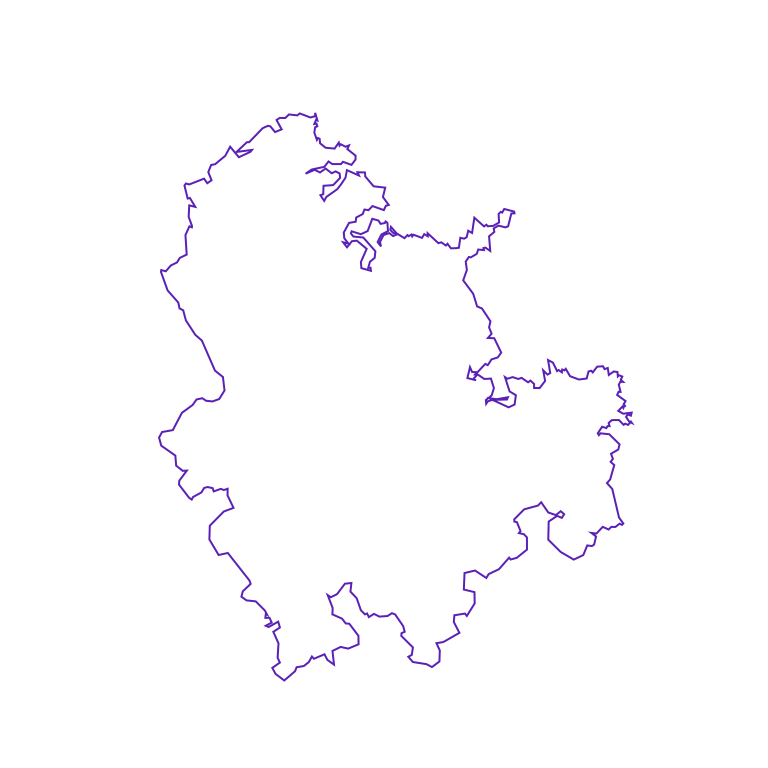 outline of Bandon - Kinsale Lea-6, Cork, Ireland, rotated 254°
{"feature_id": "5873133B71141720266314", "entity_name": "Bandon - Kinsale Lea-6", "entity_type": "district", "adm_level": 2, "iso_a3": "IRL", "parent_name": "Ireland", "parent_adm1": "Cork", "projection": "mercator", "projection_center": [-8.645, 51.706], "detail": "fine", "context": "isolated", "style": "outline", "palette": "violet", "viewbox_px": 768, "rotation_deg": 254, "n_neighbors": 0, "source": "geoboundaries", "source_scale": "gbopen_adm2", "svg_char_len": 6143}
<svg xmlns="http://www.w3.org/2000/svg" viewBox="0 0 768 768"><g transform="rotate(254 384 384)"><path d="M399.0,157.4L394.5,153.0L386.1,152.9L372.7,163.7L362.8,161.7L356.0,166.6L355.1,170.6L347.5,160.6L343.8,159.2L328.3,165.3L325.9,167.3L328.0,169.3L330.1,178.6L333.7,182.5L333.6,186.0L331.1,190.6L327.7,190.7L328.2,198.2L326.2,200.8L326.4,204.8L320.1,202.9L306.4,205.2L305.6,194.9L295.8,177.5L282.7,173.3L265.2,177.9L264.6,187.3L232.2,200.5L228.6,200.7L223.7,191.2L218.8,188.3L213.9,192.2L210.4,200.8L199.0,207.1L194.5,208.0L195.5,207.0L191.9,205.5L190.8,209.5L185.6,210.3L184.2,203.7L182.2,206.1L184.7,216.8L178.6,216.8L176.3,209.3L163.8,211.1L150.2,206.3L144.9,207.1L141.9,198.4L135.1,199.9L126.5,206.4L132.4,219.3L135.8,221.9L135.0,229.2L137.4,235.1L141.9,239.6L139.2,240.9L140.6,252.3L134.5,253.5L128.0,258.6L141.6,260.9L143.2,269.8L139.5,276.7L140.8,287.8L149.0,290.0L163.1,284.6L164.4,281.2L170.0,279.0L176.8,270.9L182.8,272.9L196.6,271.7L193.7,274.1L194.9,280.9L202.8,291.4L201.7,297.8L193.7,294.5L185.6,298.7L172.9,299.4L167.8,302.2L168.1,304.5L164.1,305.2L165.8,311.0L161.7,315.4L160.0,323.4L161.5,328.5L159.4,331.2L146.0,335.7L140.1,335.6L139.6,332.1L137.1,331.2L122.8,339.2L115.9,336.0L115.1,332.2L108.8,335.1L103.0,347.6L98.7,352.1L102.0,360.8L112.5,364.2L120.4,363.0L119.6,369.8L124.0,387.9L136.0,385.5L142.3,387.9L141.0,398.6L138.2,399.7L148.1,410.7L159.0,413.6L164.4,404.1L180.1,409.3L179.6,420.1L169.3,428.9L172.4,432.2L174.3,443.5L182.6,456.4L180.4,457.3L180.3,463.7L185.4,475.8L197.1,479.1L201.0,477.1L203.5,472.6L205.0,474.7L214.5,473.7L215.8,471.4L218.0,471.9L224.9,484.2L224.7,498.5L227.0,502.5L215.2,506.5L210.6,513.1L213.0,518.8L209.2,521.3L206.3,518.0L209.5,514.1L206.4,504.4L189.1,499.0L173.9,507.5L162.9,518.0L164.6,528.4L172.8,534.9L170.9,539.2L171.7,541.7L179.0,545.8L183.7,542.3L181.7,547.0L186.4,554.9L182.2,559.8L184.0,563.1L182.8,567.1L184.8,572.0L183.0,573.9L183.9,575.6L190.9,573.1L220.2,574.5L227.3,571.0L229.9,575.1L242.6,583.0L246.7,580.4L248.9,583.4L254.4,583.0L256.4,591.1L261.0,593.8L273.6,586.7L276.9,578.5L275.6,576.5L277.7,575.9L282.8,581.9L280.3,585.6L281.9,587.2L281.3,589.2L284.6,589.2L286.5,593.0L284.6,599.9L278.7,603.1L279.4,604.9L277.4,607.3L278.9,609.8L285.6,607.6L287.6,609.9L285.5,612.6L288.2,614.2L289.5,605.8L293.6,601.8L296.6,607.0L295.0,607.5L297.1,608.9L295.6,610.0L298.5,608.8L301.0,611.5L309.2,605.1L311.9,607.4L311.2,609.2L318.6,609.5L321.0,611.8L320.1,614.4L322.8,612.8L325.5,615.1L327.7,612.2L326.9,610.9L331.2,611.7L332.7,608.2L330.7,602.6L337.7,603.5L337.5,600.1L340.7,599.4L341.9,593.7L337.6,587.8L339.6,586.9L339.7,584.1L333.4,580.3L334.6,572.6L340.2,565.0L348.5,562.9L347.4,561.1L348.8,559.3L346.2,558.2L349.4,555.6L348.7,553.9L358.0,552.3L361.8,548.3L348.7,546.8L348.0,543.7L353.3,540.8L342.5,539.7L337.2,532.5L338.8,527.2L342.7,528.3L346.9,525.7L345.9,523.0L352.0,517.9L351.8,514.5L355.2,509.5L355.0,504.2L357.3,502.2L342.2,502.7L336.9,507.7L328.3,503.9L327.2,497.4L338.9,483.8L335.2,497.9L337.1,499.5L338.3,488.1L341.1,481.8L338.8,483.5L338.8,479.2L336.8,476.8L340.5,477.5L343.3,484.3L349.7,488.5L359.7,488.3L361.2,481.8L368.9,475.4L368.0,474.0L367.1,476.1L364.0,470.8L362.2,473.6L366.7,465.8L376.5,471.3L371.2,472.0L369.6,477.2L375.4,486.9L373.5,488.9L378.0,494.1L378.2,500.7L381.9,505.3L397.6,502.6L399.6,496.6L402.7,501.3L409.4,500.6L414.9,503.6L429.6,499.0L432.9,494.9L446.2,494.6L461.8,488.7L470.8,495.1L479.2,496.3L482.7,500.6L481.8,502.3L483.5,509.0L487.3,511.6L485.2,517.0L487.2,517.0L487.2,519.0L482.6,522.8L497.0,525.7L499.8,532.0L503.3,532.3L504.7,537.6L501.1,543.9L501.4,546.8L512.8,553.4L512.1,556.5L513.9,556.6L519.1,547.8L516.2,544.9L517.3,543.7L515.8,541.0L507.6,539.2L505.9,532.6L507.0,527.3L508.9,526.3L507.9,523.6L519.0,516.7L504.9,510.3L508.1,507.2L502.3,503.9L501.6,501.1L503.5,497.7L494.3,493.5L494.7,490.7L496.0,485.7L501.3,483.7L500.0,481.7L504.4,478.1L504.4,475.1L516.9,467.5L514.0,466.8L517.0,464.0L514.0,460.8L519.4,453.4L518.1,451.8L520.1,451.6L519.3,448.4L520.7,447.6L518.5,443.9L524.3,438.6L523.7,433.5L527.6,430.7L527.3,424.6L521.6,419.3L517.1,419.0L522.2,417.0L528.4,422.7L529.9,430.0L538.0,431.7L539.8,430.3L538.5,429.2L538.9,424.8L542.7,423.7L546.0,418.3L535.5,410.4L534.4,403.0L539.7,395.0L537.9,393.7L534.2,395.2L530.5,404.5L514.0,412.3L507.8,409.8L505.4,404.2L499.9,400.8L499.5,403.1L496.4,402.6L501.6,394.2L507.6,395.4L518.7,404.6L529.3,397.4L530.1,392.5L525.6,386.1L531.5,383.8L528.8,388.5L535.1,386.0L540.7,387.1L548.5,394.8L547.8,401.5L551.7,403.2L553.2,410.3L557.1,413.3L555.4,417.0L558.2,422.0L551.2,431.8L554.8,434.9L554.8,437.9L564.0,434.5L572.4,439.3L576.9,428.5L588.7,423.2L592.6,424.0L594.9,416.8L591.3,417.4L599.8,407.3L593.0,403.9L588.2,398.3L584.2,392.9L579.7,380.1L576.5,377.0L583.0,374.9L583.2,377.9L591.2,380.5L589.2,390.0L594.2,398.6L598.6,399.4L601.7,396.1L601.0,391.8L607.2,387.3L605.0,380.8L609.0,376.4L607.8,366.6L610.1,373.7L609.2,386.5L613.2,392.0L609.7,394.9L607.3,403.2L608.9,405.8L603.6,413.1L607.6,418.5L611.4,419.6L619.9,413.5L623.0,416.1L622.7,412.4L626.4,408.5L625.4,407.0L628.5,407.1L623.9,401.4L627.2,393.0L633.0,388.9L637.5,389.7L638.7,388.2L637.2,386.8L644.9,386.3L649.8,388.6L650.1,390.9L652.9,390.9L653.1,388.7L656.6,391.5L655.7,392.6L663.6,392.6L660.4,391.5L660.5,386.7L667.3,377.6L666.1,374.7L669.3,367.0L666.9,362.4L668.5,357.1L667.4,353.5L657.0,355.8L656.2,348.7L663.0,345.8L664.2,343.6L663.3,337.8L653.6,321.0L654.2,318.8L647.7,306.2L645.4,321.6L644.0,319.6L642.0,307.0L654.5,301.5L647.1,294.3L641.8,282.2L642.2,278.2L636.1,273.5L627.4,274.4L625.7,269.5L631.0,267.6L629.5,251.8L631.3,248.9L629.8,246.9L616.4,246.4L616.3,248.7L606.3,251.4L609.4,246.0L598.5,242.3L588.8,243.0L587.6,242.5L589.2,240.4L581.9,234.2L562.8,230.0L561.5,222.5L557.9,218.5L556.7,211.8L552.5,205.3L554.9,201.3L553.2,200.5L533.6,201.8L519.0,208.7L513.0,208.3L510.2,211.3L499.7,211.1L483.2,216.2L476.0,220.9L443.5,225.2L435.1,231.1L421.7,228.9L415.0,221.5L414.5,214.4L416.9,208.4L420.4,205.4L420.8,199.5L416.6,194.3L412.0,181.8L397.9,168.3L399.0,157.4ZM526.2,434.8L525.9,437.4L533.1,434.0L530.3,432.5L526.2,434.8ZM278.3,611.5L280.7,610.7L279.2,610.5L278.3,611.5Z" fill="none" stroke="#5b21b6" stroke-width="2"/></g></svg>